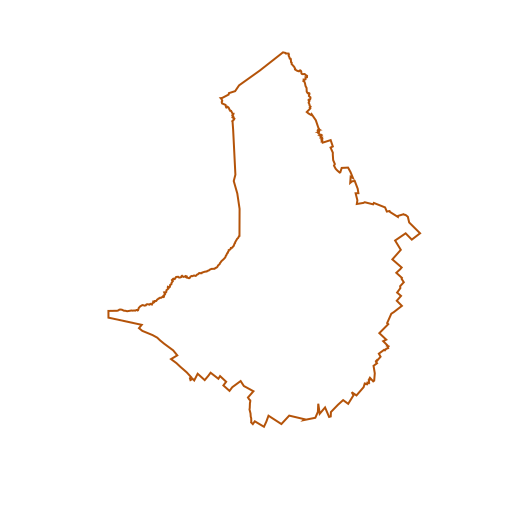 Ngaka Modiri Molema, North West, South Africa (orthographic projection), rotated 337°
{"feature_id": "47623444B28912463422483", "entity_name": "Ngaka Modiri Molema", "entity_type": "district", "adm_level": 2, "iso_a3": "ZAF", "parent_name": "South Africa", "parent_adm1": "North West", "projection": "orthographic", "projection_center": [25.83, -25.802], "detail": "fine", "context": "isolated", "style": "outline", "palette": "amber", "viewbox_px": 512, "rotation_deg": 337, "n_neighbors": 0, "source": "geoboundaries", "source_scale": "gbopen_adm2", "svg_char_len": 6114}
<svg xmlns="http://www.w3.org/2000/svg" viewBox="0 0 512 512"><g transform="rotate(337 256 256)"><path d="M369.2,105.4L369.7,104.0L369.7,103.3L369.4,102.5L368.7,102.3L367.9,102.8L367.4,102.6L366.1,101.4L364.8,99.5L365.3,98.7L365.0,97.6L365.1,96.9L363.8,93.2L364.4,91.9L364.0,91.2L365.0,88.3L364.9,87.9L364.2,87.5L364.4,86.0L364.3,84.3L365.0,83.5L365.1,82.4L362.5,81.2L362.5,80.6L360.4,79.1L331.9,86.8L307.1,92.3L301.2,96.1L294.7,95.5L293.9,96.7L286.6,97.3L285.2,96.9L285.6,98.1L285.6,99.9L285.4,100.2L284.6,100.8L284.4,102.3L287.0,105.0L286.6,107.0L286.7,107.8L287.1,107.9L287.6,107.4L287.8,107.3L288.1,107.9L288.6,108.2L288.9,109.7L288.7,110.8L289.1,111.7L289.0,112.3L289.8,112.7L290.0,115.3L290.3,116.1L290.8,116.3L290.2,117.1L289.6,116.9L289.1,117.2L289.1,118.6L289.6,119.1L289.6,119.3L288.7,119.5L289.8,121.1L289.3,121.6L288.5,121.8L288.3,122.2L286.9,122.6L287.0,122.9L284.2,131.1L268.8,173.1L264.8,178.3L263.2,191.2L259.3,206.2L248.6,231.1L248.1,231.1L246.6,232.4L245.4,232.8L242.2,235.2L241.8,235.9L241.3,236.0L239.3,238.1L238.5,238.3L237.5,239.0L237.3,238.9L236.6,239.0L236.0,238.8L235.5,239.5L234.8,239.9L233.2,239.9L232.8,240.7L231.9,241.2L231.4,242.0L230.9,242.0L230.1,242.6L229.0,243.7L228.4,243.9L227.6,244.9L226.7,245.5L224.9,246.3L222.0,247.3L220.9,248.1L220.0,248.5L219.3,249.3L217.3,249.9L216.6,250.6L216.0,251.0L214.9,251.3L214.1,251.1L212.9,251.6L210.1,250.5L208.2,250.5L206.8,250.9L205.4,250.7L204.9,251.0L203.7,250.8L203.2,250.5L199.8,250.2L199.2,250.6L198.7,250.2L197.8,250.1L197.5,249.7L197.0,249.5L195.5,250.1L194.3,250.1L193.2,250.7L192.3,250.6L191.8,250.0L191.2,249.7L189.5,249.7L188.8,249.2L187.6,249.4L186.6,250.2L185.8,250.3L185.1,249.9L184.6,249.2L184.0,248.9L184.2,248.1L183.2,248.0L183.1,247.7L183.6,247.1L183.4,246.9L182.7,247.1L181.1,246.9L180.7,246.5L180.2,245.3L179.7,245.4L178.9,246.2L177.5,246.1L176.5,245.5L176.2,244.7L174.3,244.1L172.1,245.5L171.6,245.3L171.4,244.7L170.9,244.6L169.2,245.3L169.2,245.6L169.7,246.2L169.7,246.6L167.8,247.7L167.0,249.0L165.8,249.0L164.6,250.8L163.9,250.8L162.9,249.9L162.6,250.3L162.9,251.2L162.5,251.3L162.6,251.7L161.8,252.1L160.2,252.5L159.3,254.1L158.3,254.5L157.7,253.7L157.3,253.6L157.3,255.6L156.6,255.8L156.2,256.4L155.2,256.4L155.0,256.9L155.4,257.4L155.3,257.6L154.8,257.7L153.6,257.1L152.2,257.4L151.4,256.9L150.3,257.2L149.7,257.0L148.9,257.4L148.0,257.5L146.6,258.4L145.3,257.9L144.4,258.7L144.1,258.6L144.0,257.9L143.7,257.7L143.4,258.1L143.3,258.9L142.3,259.0L141.2,260.0L140.2,258.8L139.7,258.8L139.0,259.2L137.5,258.1L136.7,257.8L135.9,257.9L135.3,258.4L134.8,258.3L133.9,258.1L133.2,257.4L132.2,256.8L129.8,257.1L127.8,258.0L126.3,259.8L125.8,259.9L125.4,259.2L124.9,259.0L123.4,259.1L122.7,258.6L120.8,258.0L120.1,257.5L115.8,256.5L114.4,255.4L113.1,254.8L111.5,253.0L110.3,252.3L109.3,252.0L107.8,252.3L106.9,252.2L98.7,248.9L96.1,255.1L123.9,274.7L120.1,276.7L122.1,280.5L129.9,288.4L133.2,292.6L134.7,296.1L137.1,300.7L142.9,310.5L144.7,316.7L137.5,317.7L140.9,323.5L143.1,328.5L146.8,336.1L149.0,342.3L147.4,342.7L147.2,344.6L149.7,344.3L150.5,346.4L156.3,341.6L160.3,350.2L165.2,347.7L168.6,345.7L173.4,354.3L176.0,352.5L179.4,360.1L175.4,362.4L178.9,369.8L182.9,367.5L193.0,365.1L194.0,370.9L200.8,379.5L193.3,383.1L193.7,385.3L194.3,386.7L193.7,388.0L193.0,388.9L190.8,393.6L190.1,394.6L189.4,398.9L188.4,401.7L188.2,403.4L187.0,406.5L186.5,407.2L187.4,409.5L190.3,407.7L196.6,416.3L200.8,412.5L205.1,407.9L213.7,420.6L224.2,415.9L237.0,425.3L235.8,425.7L247.4,428.1L252.1,423.6L255.6,416.3L253.0,426.1L260.4,422.4L260.4,432.7L262.1,432.9L264.0,428.9L273.5,424.9L279.9,422.7L283.1,428.1L291.3,422.3L290.9,418.8L294.0,423.6L303.8,418.8L306.3,415.8L307.4,416.6L307.2,416.9L308.2,417.5L308.9,416.4L309.6,416.8L309.6,416.3L310.6,416.8L311.4,414.2L312.2,414.3L312.3,413.4L313.3,412.6L314.9,417.2L316.1,416.9L319.5,410.4L321.3,403.0L325.5,402.0L325.1,400.4L325.7,400.1L325.5,399.6L326.9,399.0L327.7,400.2L327.3,399.3L331.3,397.4L330.9,393.9L337.3,392.4L337.8,393.2L339.6,392.3L341.1,392.4L341.0,392.2L342.7,391.0L341.5,389.8L342.0,389.5L339.8,384.1L343.2,383.9L339.4,375.2L351.1,370.4L350.5,369.0L358.0,362.0L360.9,361.5L370.8,358.9L368.1,352.2L373.9,349.4L371.6,344.8L376.3,342.0L376.9,340.1L381.8,337.9L381.1,333.9L381.8,333.2L378.6,326.3L383.6,324.5L385.6,323.5L380.2,312.4L391.7,306.9L390.1,296.1L402.6,293.6L405.8,301.8L415.9,299.2L410.1,285.0L411.1,279.2L409.7,276.6L408.5,275.9L408.2,275.2L402.5,274.6L401.9,275.5L396.6,267.9L396.5,266.8L393.8,266.2L393.8,261.7L385.2,253.2L384.0,254.2L377.1,249.0L375.6,249.1L369.1,247.5L371.1,244.3L372.2,237.2L374.8,238.2L375.9,233.8L376.2,225.5L373.6,224.8L371.3,225.5L374.1,220.0L375.7,222.1L375.8,215.7L375.3,210.6L369.3,208.4L366.3,211.9L365.6,211.9L364.2,209.0L363.4,206.8L363.1,203.3L364.5,202.2L364.5,197.9L366.3,192.7L367.1,190.9L367.0,185.3L369.5,185.2L370.0,178.5L361.6,177.7L361.6,177.1L361.8,177.1L361.6,176.6L361.9,176.1L361.8,175.7L361.9,175.4L361.6,175.5L361.9,174.9L361.7,174.6L361.9,174.5L362.1,174.9L362.4,174.9L362.5,174.1L362.9,173.8L362.8,173.6L362.6,173.8L362.6,173.3L362.2,172.9L362.6,172.7L361.7,172.3L362.3,171.6L362.2,170.9L362.6,170.8L362.3,170.5L362.8,170.6L362.8,170.3L363.2,170.4L363.2,170.0L363.4,170.0L363.2,169.7L362.3,169.3L361.3,167.4L361.6,166.7L361.7,166.9L361.9,166.8L361.9,166.5L361.6,166.3L361.9,166.3L361.9,165.9L362.1,166.1L362.5,165.8L362.5,166.4L362.8,166.0L362.6,165.7L363.1,165.4L362.5,165.0L362.4,164.6L362.9,164.4L362.8,164.2L363.0,164.0L363.5,164.2L363.2,163.8L363.7,163.7L363.5,162.3L364.1,154.4L362.6,147.1L361.8,147.7L360.0,145.3L359.0,143.3L363.6,141.4L363.5,140.7L363.8,140.7L364.0,140.3L364.6,139.8L364.1,138.7L364.2,137.8L364.5,137.3L364.3,135.5L365.5,134.5L365.5,134.0L365.2,133.5L365.3,133.0L365.5,132.7L365.9,132.7L366.7,133.1L367.5,132.5L368.1,131.2L367.2,129.4L367.6,128.7L368.5,127.8L368.7,127.2L368.3,126.6L367.5,126.7L367.2,126.4L366.9,124.5L368.2,121.1L368.0,118.9L368.6,116.1L368.6,114.1L368.0,113.4L368.6,112.9L368.8,112.2L370.0,112.7L370.6,112.7L371.2,111.6L371.4,110.8L372.8,111.3L373.4,110.1L372.3,108.6L371.9,107.5L369.9,106.8L369.3,106.2L369.2,105.4Z" fill="none" stroke="#b45309" stroke-width="2"/></g></svg>